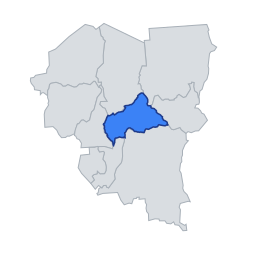 Central African Republic shown with its bordering countries, rotated 356°
{"feature_id": "CAF", "entity_name": "Central African Republic", "entity_type": "country or territory", "adm_level": 0, "iso_a3": "CAF", "parent_name": "Africa", "parent_adm1": "", "projection": "natural_earth1", "projection_center": [20.084, 6.633], "detail": "fine", "context": "with_neighbors", "style": "filled", "palette": "blue", "viewbox_px": 256, "rotation_deg": 356, "n_neighbors": 9, "source": "natural_earth", "source_scale": "50m", "svg_char_len": 9533}
<svg xmlns="http://www.w3.org/2000/svg" viewBox="0 0 256 256"><g transform="rotate(356 128 128)"><path d="M177.8,176.7L179.0,189.0L178.4,192.0L179.4,195.3L182.3,198.6L184.9,205.9L183.0,205.3L174.9,206.9L173.5,210.6L174.6,213.2L173.0,225.9L177.8,229.1L179.2,228.1L179.5,234.3L175.7,234.3L171.9,228.6L168.1,227.8L167.0,224.8L164.0,226.6L160.0,225.8L158.4,223.2L152.9,222.8L152.6,221.0L148.6,220.5L142.2,221.8L142.4,214.9L140.8,212.7L140.4,209.2L141.2,205.7L140.1,203.4L140.1,199.8L134.0,199.9L134.4,197.8L131.9,197.8L131.6,198.8L128.5,199.0L126.5,203.8L123.8,203.0L118.9,204.3L115.8,199.4L113.1,191.6L98.4,191.5L93.2,192.9L92.4,191.1L93.7,190.5L94.7,186.5L96.5,185.3L97.8,185.9L99.5,183.7L102.2,183.7L102.5,185.4L104.4,186.4L111.5,178.1L111.3,173.3L113.5,167.7L119.1,161.9L119.6,160.1L120.6,156.0L120.9,147.6L123.4,140.9L124.2,133.4L126.1,130.4L128.8,128.6L136.1,132.7L143.5,134.4L145.6,130.4L147.9,131.0L153.5,128.1L155.4,129.3L157.0,129.2L157.8,127.8L159.6,127.3L166.6,128.0L168.2,127.4L171.3,132.2L173.5,132.9L179.9,131.1L181.1,133.5L185.5,137.4L185.3,144.1L187.3,144.9L183.7,148.5L180.8,154.2L180.5,158.8L179.4,161.0L179.3,165.4L177.9,167.0L176.5,174.1L177.8,176.7Z" fill="#d9dde1" stroke="#a8b0b8" stroke-width="1"/><path d="M154.2,110.1L150.4,107.5L148.7,105.9L149.1,99.3L146.2,95.7L145.7,91.8L143.9,90.1L143.8,86.7L142.8,84.5L141.1,84.8L142.8,80.3L142.3,77.9L143.9,76.1L142.9,74.8L146.4,66.9L150.7,67.3L150.3,41.8L156.0,41.8L155.9,30.2L213.8,30.2L215.6,35.9L214.5,37.0L215.4,43.0L217.4,49.9L222.1,53.5L219.6,56.8L216.0,57.7L214.5,59.5L212.2,71.9L212.7,74.2L212.1,79.2L210.1,84.9L207.2,87.8L204.6,94.6L202.3,96.2L200.9,102.2L201.0,107.4L200.9,102.9L200.2,102.8L199.7,97.9L197.1,95.7L196.4,91.5L197.0,87.2L194.7,86.8L194.4,88.1L191.4,88.4L192.6,90.1L193.1,93.6L187.9,100.9L185.4,101.5L181.2,98.1L179.3,99.3L178.8,101.0L176.2,102.1L176.1,103.3L171.1,103.3L170.4,102.1L166.8,101.9L165.0,102.9L163.7,102.4L160.2,97.4L156.7,98.2L154.0,106.1L150.8,107.8L154.2,110.1Z" fill="#d9dde1" stroke="#a8b0b8" stroke-width="1"/><path d="M150.3,44.3L150.7,67.3L146.4,66.9L142.9,74.8L143.9,76.1L142.3,77.9L142.8,80.3L141.1,84.8L142.8,84.5L143.8,86.7L143.9,90.1L145.7,91.8L145.7,93.2L142.5,94.2L140.0,96.5L136.4,102.9L131.7,105.5L125.5,105.7L126.0,107.7L121.3,112.0L115.0,114.2L113.0,112.8L112.0,114.3L107.9,114.7L108.7,113.2L106.5,106.8L104.3,105.8L101.4,102.4L102.5,99.7L108.9,99.9L106.2,94.7L106.1,87.0L104.2,83.3L104.7,80.5L101.5,80.4L101.5,76.7L99.5,74.5L101.7,66.9L108.0,61.4L108.3,53.9L110.3,42.1L111.4,39.6L109.4,37.6L109.3,35.8L107.5,34.2L106.4,25.2L111.3,22.0L150.3,44.3Z" fill="#d9dde1" stroke="#a8b0b8" stroke-width="1"/><path d="M106.4,25.2L107.5,34.2L109.3,35.8L109.4,37.6L111.4,39.6L110.3,42.1L108.3,53.9L108.0,61.4L101.7,66.9L99.5,74.5L101.5,76.7L101.5,80.4L104.7,80.5L104.2,83.3L102.8,83.6L102.6,85.4L101.7,85.6L98.4,79.2L97.2,79.0L93.3,82.2L86.8,80.2L85.4,81.0L82.5,80.8L79.5,83.3L77.0,83.5L71.0,80.5L68.6,81.9L66.1,81.8L64.3,79.6L59.4,77.4L54.0,78.1L52.7,79.4L52.0,82.7L50.5,85.0L50.1,90.2L46.3,86.9L44.6,86.9L42.9,88.6L43.1,84.6L37.4,83.3L37.3,80.5L34.6,76.7L33.9,74.1L34.4,71.3L37.6,71.0L39.5,69.0L50.6,67.6L51.1,64.0L53.9,60.1L54.2,46.7L61.2,44.2L75.6,32.7L92.5,21.7L100.2,24.2L102.9,27.4L106.4,25.2Z" fill="#d9dde1" stroke="#a8b0b8" stroke-width="1"/><path d="M45.1,121.5L45.4,108.5L46.4,104.8L50.4,99.5L49.9,97.9L50.9,95.6L49.9,92.1L50.5,85.0L52.0,82.7L52.7,79.4L54.0,78.1L59.4,77.4L64.3,79.6L66.1,81.8L68.6,81.9L71.0,80.5L77.0,83.5L79.5,83.3L82.5,80.8L85.4,81.0L86.8,80.2L93.3,82.2L97.2,79.0L98.4,79.2L101.7,85.6L102.6,85.4L104.5,87.7L103.7,90.7L99.5,95.2L95.4,107.2L92.7,109.6L90.3,117.3L86.9,119.2L84.1,116.9L82.2,117.0L79.2,120.3L77.8,120.4L74.0,130.1L68.9,132.1L67.0,131.8L65.0,133.1L61.0,133.0L58.4,129.4L56.8,125.2L53.3,121.4L45.1,121.5Z" fill="#d9dde1" stroke="#a8b0b8" stroke-width="1"/><path d="M104.2,83.3L106.1,87.0L106.2,94.7L108.9,99.9L102.5,99.7L101.4,102.4L104.3,105.8L106.5,106.8L108.7,113.2L105.4,120.6L104.2,121.6L103.9,130.3L106.2,133.3L108.5,138.4L110.8,140.2L111.5,144.5L111.2,147.7L103.2,144.8L79.7,144.4L80.5,139.9L78.5,136.1L76.3,135.1L75.3,132.5L74.0,131.7L75.3,126.0L77.8,120.4L79.2,120.3L82.2,117.0L84.1,116.9L86.9,119.2L90.3,117.3L92.7,109.6L95.4,107.2L99.5,95.2L103.7,90.7L104.5,87.7L102.6,85.4L102.8,83.6L104.2,83.3Z" fill="#d9dde1" stroke="#a8b0b8" stroke-width="1"/><path d="M123.7,137.4L123.4,140.9L120.9,147.6L120.6,156.0L119.6,160.1L119.1,161.9L113.5,167.7L111.3,173.3L111.5,178.1L104.4,186.4L102.5,185.4L102.2,183.7L99.5,183.7L97.8,185.9L94.6,183.3L91.1,186.8L87.0,180.6L90.8,177.5L88.9,173.6L90.6,172.2L94.0,171.5L94.4,168.9L97.0,171.7L101.4,171.9L103.0,169.2L103.6,165.4L103.0,160.8L100.7,157.4L102.8,150.7L101.6,149.6L97.9,150.1L96.5,147.1L96.9,144.5L103.2,144.8L111.2,147.7L111.5,144.5L114.2,139.2L117.1,136.1L123.7,137.4Z" fill="#d9dde1" stroke="#a8b0b8" stroke-width="1"/><path d="M87.9,144.6L93.3,145.0L96.2,144.2L96.9,144.5L96.5,147.1L97.9,150.1L101.6,149.6L102.8,150.7L100.7,157.4L103.0,160.8L103.6,165.4L103.0,169.2L101.4,171.9L97.0,171.7L94.4,168.9L94.0,171.5L90.6,172.2L88.9,173.6L90.8,177.5L87.0,180.6L78.5,170.0L75.5,164.1L78.9,151.8L87.9,151.5L87.9,144.6Z" fill="#d9dde1" stroke="#a8b0b8" stroke-width="1"/><path d="M185.5,137.4L181.1,133.5L179.9,131.1L173.5,132.9L171.3,132.2L167.4,125.6L163.7,123.3L162.4,119.8L157.0,114.3L156.9,112.4L150.8,107.8L154.0,106.1L156.7,98.2L160.2,97.4L163.7,102.4L165.0,102.9L166.8,101.9L170.4,102.1L171.1,103.3L176.1,103.3L176.2,102.1L178.8,101.0L179.3,99.3L181.2,98.1L185.4,101.5L187.9,100.9L193.1,93.6L192.6,90.1L191.4,88.4L194.4,88.1L194.7,86.8L197.0,87.2L196.4,91.5L197.1,95.7L199.7,97.9L200.2,102.8L200.9,102.9L201.0,107.4L200.3,109.2L197.7,109.3L196.0,112.6L199.1,113.1L201.6,115.9L202.5,118.2L204.8,119.5L207.8,125.8L198.3,135.7L194.8,135.7L190.8,137.1L187.6,135.8L185.5,137.4Z" fill="#d9dde1" stroke="#a8b0b8" stroke-width="1"/><path d="M152.1,107.5L152.3,107.6L152.5,107.9L152.3,108.7L152.4,109.3L152.8,109.7L153.2,109.9L153.6,110.0L155.0,110.3L155.6,110.6L156.4,111.6L157.4,112.5L157.6,113.0L157.6,113.4L157.3,114.0L157.8,114.7L158.3,115.2L159.2,115.9L160.8,116.8L161.5,117.4L161.8,117.9L162.2,118.4L162.8,118.9L163.2,119.3L162.9,120.3L163.0,120.7L163.1,121.0L163.5,121.4L163.6,121.9L163.9,122.6L164.3,122.9L165.0,123.0L165.4,123.3L166.1,123.8L166.8,124.3L167.1,124.6L167.3,124.8L167.4,125.2L167.5,125.5L167.5,126.2L167.7,127.1L168.0,127.7L168.4,128.1L167.0,127.6L166.7,127.6L165.7,128.3L165.2,128.3L164.5,128.3L162.3,127.8L160.5,127.3L160.0,127.1L159.0,126.9L158.4,127.3L157.8,128.4L157.6,128.6L156.7,128.9L156.3,128.8L155.2,129.1L153.6,128.7L153.0,128.8L152.5,129.0L151.4,129.5L150.7,129.8L149.8,130.1L149.0,130.5L148.5,130.7L148.0,130.7L147.5,130.5L147.0,130.3L146.4,130.2L145.7,130.3L145.2,130.8L145.0,131.1L144.5,131.9L144.0,133.3L143.7,133.6L141.0,133.1L139.9,132.9L139.1,133.1L138.2,132.7L137.8,132.7L137.6,132.8L137.1,132.6L136.2,132.1L135.4,131.9L134.7,132.0L134.2,131.9L133.9,131.4L133.4,130.6L132.6,129.7L131.5,129.1L130.8,128.6L130.5,128.2L129.9,128.0L129.0,128.0L128.1,128.3L126.8,129.4L125.6,131.5L125.0,132.3L124.4,132.5L124.3,133.0L124.6,133.9L124.6,134.8L124.4,136.4L124.5,137.5L124.2,137.4L124.0,136.8L123.8,136.7L123.0,136.9L122.6,137.2L122.4,137.4L122.0,137.1L121.8,137.1L121.5,137.1L121.2,137.1L120.9,137.1L120.5,136.9L119.2,136.5L118.9,136.3L118.7,136.3L118.0,136.7L117.6,136.8L116.5,137.1L115.3,137.2L114.8,137.2L114.5,137.4L114.3,137.6L114.2,138.2L113.9,139.1L113.8,139.4L113.9,139.7L113.8,140.3L113.8,140.9L113.8,141.3L113.5,142.0L113.1,142.9L112.7,143.7L112.4,144.5L112.1,144.0L112.0,143.4L111.9,142.6L112.0,142.4L111.9,142.2L111.8,141.6L111.9,141.2L111.8,140.8L111.5,140.4L111.3,140.1L111.1,139.9L110.7,139.7L110.3,139.6L109.9,139.0L109.4,138.4L108.8,137.7L108.3,137.0L107.7,136.2L107.1,135.5L106.8,134.8L106.7,134.4L106.8,134.4L107.1,134.4L107.2,134.1L106.9,133.6L106.8,132.9L106.6,132.5L106.0,131.8L105.3,131.3L105.1,131.0L105.0,130.7L104.8,128.4L104.7,127.7L104.5,127.4L104.4,127.3L104.3,127.1L104.3,126.7L104.4,126.3L104.4,126.2L104.6,125.9L104.6,123.7L104.4,123.4L104.2,123.5L104.0,123.4L103.8,123.1L103.7,122.7L103.9,122.2L104.1,122.0L104.3,121.9L105.0,121.5L105.2,121.3L105.3,121.1L105.4,120.8L105.8,119.7L106.4,118.7L106.7,118.4L106.9,117.7L107.3,116.8L107.4,116.4L107.6,116.0L107.8,115.7L108.4,115.1L108.9,114.1L109.5,114.2L110.0,114.4L110.7,114.4L111.3,114.2L111.7,113.9L112.5,113.6L113.4,113.2L113.5,112.7L113.8,112.4L114.1,112.2L114.3,112.3L114.5,112.9L114.8,113.4L115.4,114.0L115.6,114.0L116.0,113.5L116.9,113.2L117.1,113.1L117.7,112.5L118.5,112.1L119.0,111.9L119.7,111.5L120.3,111.5L121.2,111.5L122.7,111.3L123.8,111.2L124.3,111.1L124.6,110.4L124.8,110.2L125.2,110.0L126.0,109.0L126.5,108.3L126.7,108.0L126.8,107.9L127.0,107.6L126.8,107.3L125.9,106.6L125.9,106.3L125.9,106.2L126.3,106.0L126.7,105.6L127.2,105.5L128.5,105.5L129.5,105.5L129.8,105.5L130.6,105.3L131.2,105.2L131.8,104.8L133.2,104.9L134.3,104.0L134.6,103.9L134.7,103.7L134.8,103.6L135.3,103.3L135.9,102.6L136.3,101.9L136.5,101.5L137.7,100.0L138.2,100.0L138.4,99.8L138.9,98.8L139.0,98.6L139.3,98.6L139.6,98.4L139.8,98.1L140.0,97.7L140.0,97.1L139.9,96.7L140.1,96.3L140.3,96.1L141.2,95.6L141.5,95.3L141.6,95.1L141.9,95.0L142.2,95.0L142.3,94.9L142.6,94.6L143.2,94.3L143.8,94.1L144.5,94.2L145.0,94.3L145.4,94.5L145.7,94.5L146.0,95.2L146.2,95.5L147.6,97.2L147.9,97.6L148.6,98.8L149.1,99.6L149.6,100.8L149.6,101.5L149.6,102.1L149.5,103.6L149.3,104.1L148.7,104.9L148.7,105.3L148.8,105.6L149.0,105.8L149.1,106.7L149.3,107.0L149.8,107.2L151.0,107.3L151.6,107.4L152.1,107.5Z" fill="#3b82f6" stroke="#1e3a8a" stroke-width="1.5"/></g></svg>